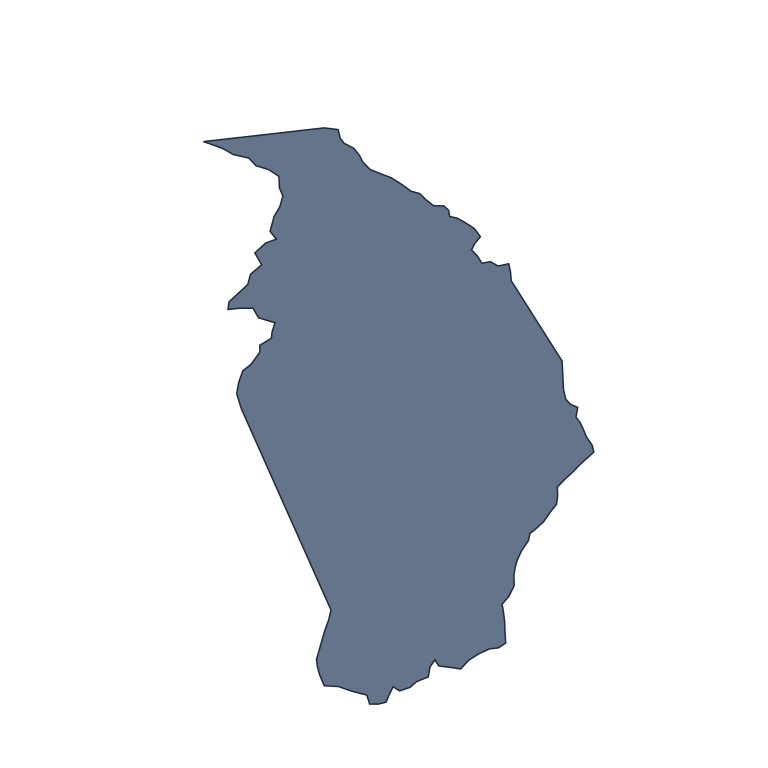 the district of Nazário, Goiás, Brazil, rotated 67°
{"feature_id": "56859067B93863965872709", "entity_name": "Nazário", "entity_type": "district", "adm_level": 2, "iso_a3": "BRA", "parent_name": "Brazil", "parent_adm1": "Goiás", "projection": "natural_earth1", "projection_center": [-49.852, -16.584], "detail": "fine", "context": "isolated", "style": "filled", "palette": "slate", "viewbox_px": 768, "rotation_deg": 67, "n_neighbors": 0, "source": "geoboundaries", "source_scale": "gbopen_adm2", "svg_char_len": 1693}
<svg xmlns="http://www.w3.org/2000/svg" viewBox="0 0 768 768"><g transform="rotate(67 384 384)"><path d="M131.9,326.8L124.9,338.9L90.3,455.5L104.0,440.6L113.8,433.2L123.2,420.2L133.0,416.6L141.6,406.4L151.9,399.6L162.4,403.6L171.4,403.6L180.2,410.7L186.8,419.7L199.0,429.2L208.6,426.5L208.0,437.8L212.9,451.7L226.5,450.0L230.8,464.0L239.2,470.6L247.8,494.5L254.4,498.5L257.6,488.2L263.0,475.0L274.1,473.6L285.1,460.4L292.2,466.6L297.9,469.8L299.8,483.2L306.2,485.9L313.9,498.7L316.7,508.8L325.7,517.1L335.3,523.4L351.4,525.0L571.4,521.1L579.9,527.4L588.2,535.2L611.2,553.8L618.3,555.8L626.8,556.9L638.4,556.9L644.8,544.0L654.2,533.7L663.6,521.4L673.0,522.3L676.4,514.4L677.7,506.4L672.4,501.0L666.3,493.9L672.6,489.5L673.4,478.6L670.7,470.1L670.9,457.7L662.3,452.1L657.9,444.9L664.9,443.8L670.9,433.5L676.3,424.8L671.3,413.7L669.4,402.0L669.0,390.5L671.6,381.9L670.0,373.2L658.7,369.2L649.9,365.8L640.1,363.0L632.8,361.3L628.5,352.3L620.4,342.9L611.4,339.4L604.3,335.1L598.2,330.2L591.1,322.3L584.6,312.2L578.7,308.2L576.4,300.2L573.1,290.8L567.5,282.1L562.1,272.2L554.9,267.9L546.6,264.7L542.3,254.6L538.6,244.0L535.2,236.4L531.6,226.1L528.6,217.4L521.8,216.3L511.7,218.3L503.0,218.2L496.0,218.6L489.4,220.2L481.3,214.8L475.1,220.6L468.6,222.6L459.2,220.9L432.5,211.1L338.7,226.5L330.4,223.8L322.0,222.2L320.1,232.8L312.9,238.3L311.2,246.6L302.5,248.1L294.8,251.0L290.1,245.5L286.1,237.7L276.4,240.0L266.6,246.6L259.6,252.1L255.6,258.1L249.5,256.6L243.5,259.3L239.2,268.7L231.2,273.2L222.7,276.7L217.1,283.8L207.3,289.6L196.9,296.8L189.9,304.2L181.2,312.9L171.5,316.8L164.5,317.2L155.3,319.6L147.0,326.6L140.7,328.3L131.9,326.8Z" fill="#64748b" stroke="#1e293b" stroke-width="1.5"/></g></svg>